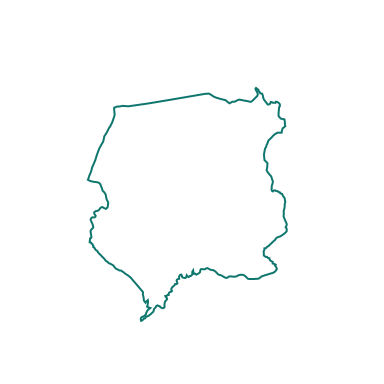 Ratau, Maseru, Lesotho, rotated 318°
{"feature_id": "5366337B91346461785811", "entity_name": "Ratau", "entity_type": "district", "adm_level": 2, "iso_a3": "LSO", "parent_name": "Lesotho", "parent_adm1": "Maseru", "projection": "orthographic", "projection_center": [27.776, -29.38], "detail": "fine", "context": "isolated", "style": "outline", "palette": "teal", "viewbox_px": 384, "rotation_deg": 318, "n_neighbors": 0, "source": "geoboundaries", "source_scale": "gbopen_adm2", "svg_char_len": 5853}
<svg xmlns="http://www.w3.org/2000/svg" viewBox="0 0 384 384"><g transform="rotate(318 192 192)"><path d="M199.9,306.7L201.2,306.6L202.2,306.4L203.6,306.0L204.4,303.8L204.5,302.2L205.5,302.1L205.3,301.0L204.1,299.1L205.2,298.0L204.4,295.6L204.4,294.2L205.2,293.2L204.2,291.3L204.3,290.4L203.3,289.4L203.1,288.4L202.9,287.3L204.0,286.0L205.5,284.1L206.8,283.6L207.0,283.4L208.1,282.3L209.3,283.2L210.0,283.1L211.2,283.0L212.7,283.4L213.7,283.3L217.1,283.2L220.3,283.1L221.8,283.2L222.7,282.9L223.9,282.6L225.2,282.9L226.2,283.3L227.7,284.0L228.6,284.1L229.9,284.4L231.2,284.5L232.7,284.7L234.9,284.7L236.3,284.4L237.8,282.6L238.1,280.7L239.5,280.4L240.9,279.3L241.5,277.7L241.8,276.7L242.1,275.9L242.7,274.1L243.6,271.6L244.3,270.9L245.1,270.1L245.8,269.4L247.6,267.3L248.8,266.6L249.6,266.1L250.2,265.6L251.6,264.4L252.8,263.0L254.7,261.8L255.6,260.3L256.7,258.5L256.8,258.1L257.0,255.7L257.7,253.7L256.7,252.1L257.1,251.2L256.3,249.8L256.2,248.7L255.2,247.6L254.9,246.5L254.0,245.7L252.5,245.7L252.2,244.6L252.9,243.1L253.7,242.6L254.8,241.4L255.6,240.6L256.9,240.0L258.2,239.1L259.3,238.1L260.1,235.9L260.7,234.8L261.3,233.4L261.3,231.3L261.5,227.9L262.1,225.6L264.0,224.3L267.4,221.1L267.2,216.8L268.0,215.8L269.3,213.9L270.8,212.1L273.9,209.7L275.6,208.5L277.2,208.1L278.1,207.5L279.2,206.9L281.3,206.0L281.6,205.8L283.4,204.8L287.2,204.8L288.0,204.7L289.5,204.5L292.6,204.5L295.3,205.2L298.3,207.9L300.2,206.3L302.1,205.4L303.9,205.5L305.4,205.5L306.1,204.1L307.6,202.4L309.3,199.9L307.1,196.9L307.1,193.7L307.6,193.0L308.7,191.7L309.9,190.6L313.7,187.1L314.8,187.0L316.0,185.5L316.0,183.6L315.6,182.0L314.7,181.1L313.6,181.6L313.1,180.8L312.5,180.3L311.7,179.7L311.5,178.7L310.8,177.8L310.0,178.2L309.4,178.6L308.2,178.6L306.9,177.8L306.8,176.8L307.1,175.2L307.1,173.9L307.3,171.4L308.0,169.6L308.5,168.8L309.3,167.5L309.9,165.8L308.7,164.2L309.1,163.2L309.2,161.9L309.7,160.3L309.2,157.5L308.4,157.6L307.6,159.1L307.4,160.7L307.0,162.1L306.2,163.5L304.8,164.3L302.7,164.4L299.2,164.6L296.8,164.6L295.8,164.2L293.5,160.9L290.7,157.3L289.1,155.1L287.2,154.2L284.3,153.5L282.3,151.9L279.2,151.2L278.7,149.0L278.4,146.2L276.1,142.9L273.4,138.6L272.1,136.0L271.2,132.6L270.5,130.3L267.4,127.8L239.1,109.9L219.0,97.1L209.0,90.4L202.0,85.7L198.1,81.6L195.1,79.8L193.4,78.3L190.5,77.3L189.1,78.9L186.4,82.6L185.3,83.5L183.9,84.3L181.4,85.7L178.8,87.1L176.3,87.9L175.0,88.7L174.1,88.6L171.1,89.7L169.2,90.5L165.8,91.5L164.1,91.9L162.2,93.4L160.4,94.6L159.7,95.2L158.9,95.4L157.8,95.7L155.7,96.4L154.6,96.8L152.7,97.4L150.1,98.7L146.1,100.8L141.3,103.7L138.4,105.0L137.1,105.7L136.1,106.1L134.4,106.8L131.8,108.6L128.6,110.3L126.1,111.4L124.2,112.6L122.8,113.2L123.2,114.4L123.9,116.0L125.2,117.9L126.7,119.7L128.2,121.5L129.0,122.9L129.1,124.2L128.8,125.7L127.1,130.0L126.5,131.0L126.5,132.1L126.6,133.3L126.2,135.9L125.6,137.1L124.7,138.4L123.7,140.2L123.4,141.2L122.8,143.6L121.6,144.8L120.2,146.0L119.1,146.8L117.8,147.0L116.7,146.9L115.8,144.9L115.4,143.3L114.5,142.8L113.4,142.5L111.3,143.0L110.2,143.1L109.1,142.7L107.8,141.9L106.6,141.6L105.6,141.7L104.7,143.1L104.7,143.9L104.5,145.2L103.7,145.7L103.0,145.8L102.0,145.2L100.9,144.1L100.2,144.0L98.7,144.3L98.1,144.8L97.5,146.2L96.9,148.4L96.1,150.4L95.4,151.7L94.6,152.4L91.9,152.6L91.2,152.8L90.3,153.3L89.3,154.8L88.4,156.3L87.6,157.4L87.0,158.3L86.1,158.6L85.2,158.3L82.3,160.9L83.1,162.2L82.8,163.0L83.2,164.2L82.7,165.0L82.6,166.4L81.8,166.7L82.0,167.7L82.1,168.8L81.7,170.0L81.7,170.9L82.2,172.5L81.8,173.6L81.8,175.1L81.8,177.0L82.1,178.2L81.8,179.8L82.1,181.0L82.1,182.1L82.1,183.4L81.9,185.5L82.5,187.5L82.5,189.3L83.3,190.6L83.6,191.6L84.1,193.0L84.4,194.1L84.2,195.4L84.1,197.1L84.3,198.5L85.0,200.0L85.7,202.0L86.9,203.1L87.0,204.5L87.5,205.9L87.6,207.4L87.9,208.6L88.5,210.8L88.9,212.7L89.2,215.3L89.0,217.3L89.0,219.1L89.0,221.3L88.6,233.5L86.9,235.3L86.2,236.6L85.5,237.9L83.6,240.5L83.4,243.1L83.7,243.0L85.1,242.8L86.8,242.8L85.8,244.3L84.1,245.7L83.3,246.4L82.2,246.8L81.8,247.8L82.4,248.4L83.0,249.5L83.4,250.3L81.6,250.2L80.6,250.2L79.7,250.2L78.2,250.8L77.2,251.2L76.0,252.0L75.1,252.1L74.4,252.2L72.7,252.0L72.4,251.9L72.1,251.8L71.3,251.4L70.9,251.4L70.0,251.4L69.2,251.9L68.7,252.4L68.0,253.7L69.3,254.1L69.7,254.1L70.7,254.0L71.9,254.0L72.6,254.5L74.6,254.0L76.4,254.9L78.4,255.1L79.5,255.1L81.0,255.1L82.6,255.1L83.0,255.1L83.4,254.9L84.3,254.5L85.1,253.7L86.5,253.5L87.8,253.4L88.7,252.9L89.5,253.1L90.4,253.1L90.9,254.2L91.6,255.3L91.4,256.3L91.7,257.2L92.1,258.3L92.7,259.0L93.5,259.2L94.5,259.2L95.2,258.5L95.5,258.1L96.1,257.4L96.8,256.7L97.7,256.0L98.8,255.4L99.0,255.3L100.5,255.2L101.9,254.9L102.3,254.2L102.2,252.4L102.6,251.5L103.6,252.3L104.9,252.1L105.8,252.9L106.4,252.1L107.6,251.5L108.9,251.7L110.1,252.3L111.0,252.1L111.1,250.9L111.9,250.1L113.3,249.6L114.7,249.6L116.5,249.6L117.8,249.1L118.9,250.1L120.0,250.1L120.6,249.1L121.0,247.9L122.0,247.1L122.9,247.2L123.7,247.4L124.4,247.9L125.5,246.5L127.3,245.6L128.7,246.1L128.6,247.2L127.9,248.1L127.9,249.4L128.7,250.5L129.4,251.4L130.6,251.5L132.3,250.4L132.2,251.4L132.6,253.0L134.2,253.0L134.9,253.6L136.5,253.6L137.4,253.3L138.0,252.3L139.0,251.4L140.4,251.0L139.4,252.5L139.1,253.4L138.8,254.3L139.7,254.8L139.9,256.3L141.0,256.6L142.3,256.9L143.6,257.0L144.4,256.9L146.0,255.6L147.2,255.4L148.2,256.4L149.7,258.0L151.4,258.2L152.6,259.0L153.7,262.1L154.6,263.4L155.5,264.3L156.1,266.2L156.3,268.0L156.3,270.7L157.0,272.1L157.8,273.2L158.4,274.8L158.9,276.6L159.5,278.1L159.6,278.4L160.5,279.2L163.0,279.6L164.1,280.4L165.3,281.7L166.7,283.3L169.1,284.7L171.1,285.0L172.8,286.1L174.4,287.6L175.2,289.6L175.4,291.8L175.4,292.4L175.5,293.8L176.3,294.9L178.5,296.9L179.9,298.2L180.9,298.9L181.7,299.6L183.8,301.1L185.0,301.1L186.5,301.3L187.8,301.5L189.7,302.4L191.2,303.0L192.7,303.8L193.4,304.1L194.9,304.7L195.5,305.0L197.6,306.1L199.9,306.7Z" fill="none" stroke="#0f766e" stroke-width="2"/></g></svg>